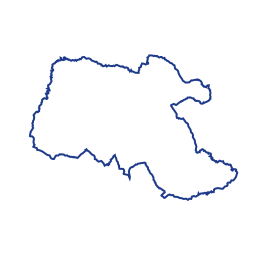 Paltas, Loja, Ecuador, rotated 168°
{"feature_id": "8360857B19688519580687", "entity_name": "Paltas", "entity_type": "district", "adm_level": 2, "iso_a3": "ECU", "parent_name": "Ecuador", "parent_adm1": "Loja", "projection": "robinson", "projection_center": [-79.812, -4.002], "detail": "fine", "context": "isolated", "style": "outline", "palette": "blue", "viewbox_px": 256, "rotation_deg": 168, "n_neighbors": 0, "source": "geoboundaries", "source_scale": "gbopen_adm2", "svg_char_len": 5762}
<svg xmlns="http://www.w3.org/2000/svg" viewBox="0 0 256 256"><g transform="rotate(168 128 128)"><path d="M80.9,45.5L79.7,47.6L78.0,47.8L75.9,46.8L73.4,47.7L72.6,49.3L72.3,48.3L71.9,48.1L70.8,48.7L68.8,48.6L67.8,48.2L66.9,48.7L65.4,48.4L65.0,47.7L65.1,46.8L64.3,46.4L63.6,47.0L64.3,48.1L63.0,48.6L62.0,47.7L59.8,48.7L59.5,47.7L58.6,47.9L57.5,47.5L56.7,49.8L55.6,50.5L52.9,50.6L48.0,48.8L45.4,50.6L43.0,50.8L42.4,51.6L42.4,53.0L41.8,53.6L40.6,53.7L39.3,53.3L37.8,55.3L36.2,54.8L35.3,55.2L32.8,57.4L30.4,61.6L31.0,63.2L31.4,63.4L30.9,64.5L31.1,65.0L32.2,65.6L33.4,65.6L34.5,64.6L35.3,65.1L35.5,65.9L34.3,66.6L34.8,67.8L35.2,70.5L35.7,71.0L37.0,70.9L38.5,72.4L39.6,71.9L41.6,73.8L41.9,75.7L43.0,75.6L45.2,77.0L47.6,75.8L48.5,77.3L48.9,77.3L49.2,76.8L49.6,77.6L50.3,77.9L50.5,78.6L52.2,79.4L52.8,80.5L51.6,81.0L51.6,81.4L53.8,83.3L52.6,83.7L52.4,85.7L53.3,86.3L54.6,86.1L54.8,87.3L55.8,87.5L57.1,88.8L57.7,90.0L58.6,89.9L58.8,91.0L59.4,91.7L60.0,91.8L61.6,90.9L62.3,90.9L62.9,89.4L63.8,89.8L65.2,89.3L66.2,90.1L66.0,91.1L66.4,92.2L65.0,95.5L65.1,97.9L65.5,98.6L65.3,102.3L66.5,105.6L65.9,107.4L66.2,109.5L67.2,110.5L67.2,113.3L68.6,117.0L68.5,119.4L68.8,120.1L70.2,121.4L72.1,125.9L73.6,125.7L75.1,126.3L75.9,127.0L76.5,126.7L77.0,127.6L78.0,127.7L78.1,129.6L77.5,131.2L77.7,132.2L81.2,140.6L81.0,141.4L80.4,141.6L78.0,142.0L76.6,140.7L75.9,140.5L72.3,142.4L70.6,142.7L70.3,143.2L69.4,143.0L67.5,143.9L65.8,144.1L64.8,144.7L64.2,144.5L63.1,145.4L61.5,144.9L60.9,145.1L58.7,143.6L57.7,143.4L57.6,142.3L56.8,141.7L56.7,141.0L56.2,140.9L55.8,140.3L53.9,140.0L53.0,139.5L52.2,138.8L52.0,137.2L51.2,136.5L49.4,136.4L48.8,137.3L48.3,136.8L45.2,137.4L42.7,138.2L42.3,139.0L41.3,139.4L41.4,140.3L40.8,141.2L40.9,143.1L40.0,145.3L40.1,147.2L39.8,147.8L40.2,148.2L40.3,149.2L41.1,150.1L40.1,153.0L41.3,153.1L43.3,152.1L43.3,151.8L45.2,152.7L45.3,153.6L45.8,153.6L46.4,154.9L46.9,155.4L46.3,156.4L47.0,158.6L48.7,160.4L49.5,160.2L49.8,160.9L50.4,161.2L50.9,160.8L52.8,161.2L55.4,161.1L56.0,161.4L58.7,159.9L62.3,160.5L64.5,162.9L65.2,165.3L66.1,167.2L67.0,170.1L67.2,173.4L68.0,174.7L69.6,176.3L69.5,179.6L70.5,180.3L71.6,182.1L73.1,182.8L74.7,185.0L75.8,185.6L76.9,187.1L77.6,187.4L77.8,189.0L79.2,188.9L80.4,190.5L81.5,190.7L82.4,190.4L83.2,190.8L84.0,191.7L84.6,191.9L84.6,192.3L87.1,193.1L88.0,193.0L88.9,193.8L92.0,194.6L93.3,193.3L94.4,192.8L94.2,191.5L95.8,188.4L95.8,188.1L94.8,187.7L94.9,186.8L97.7,186.5L98.6,187.3L100.8,188.2L102.1,186.5L102.8,185.0L104.6,184.6L104.8,182.8L105.8,181.4L106.1,179.7L106.4,179.7L109.4,180.6L111.5,182.3L112.7,182.5L112.9,184.0L114.4,183.0L114.7,184.2L115.6,185.0L115.3,186.1L115.9,186.9L117.0,187.6L118.5,187.5L119.3,188.4L119.9,188.4L120.3,189.4L122.2,189.5L125.8,192.0L126.4,192.2L128.4,191.3L129.2,192.0L130.7,191.8L133.0,192.6L133.8,193.3L136.1,192.6L136.7,194.2L137.7,193.6L139.6,193.6L140.3,194.5L140.9,194.7L140.6,195.3L140.9,195.8L143.1,197.1L144.1,197.2L144.7,199.0L145.3,199.5L146.3,199.4L148.0,200.8L149.5,201.5L150.2,203.0L151.1,203.8L152.1,204.3L154.3,204.4L156.2,206.6L158.1,206.7L159.8,205.1L160.8,205.6L161.4,205.1L163.6,205.1L164.4,204.5L165.4,205.6L166.3,205.0L168.0,206.0L169.7,205.6L171.3,207.1L172.2,207.1L172.7,208.1L173.5,208.5L174.2,208.3L174.8,209.9L175.6,210.4L176.1,210.2L176.1,208.0L177.2,207.9L178.5,208.7L178.8,210.3L179.3,210.7L179.7,208.3L181.0,208.2L182.2,208.9L182.8,207.9L183.8,208.3L184.3,207.5L184.9,207.6L186.2,206.4L187.3,206.4L188.6,205.8L188.9,205.3L188.9,204.0L189.9,202.9L190.0,201.9L189.1,200.8L189.2,200.0L189.9,199.5L191.1,199.9L191.0,198.3L192.0,196.8L191.6,195.6L193.1,194.4L193.0,193.9L192.0,193.3L193.2,192.1L193.0,189.8L195.2,187.2L197.3,186.4L197.5,185.1L197.2,183.6L198.6,183.3L196.9,181.7L196.9,181.0L199.3,181.0L199.4,180.6L198.5,179.1L198.8,178.4L200.7,179.0L201.2,178.5L200.6,177.4L201.0,175.1L200.4,174.6L200.7,173.7L201.4,173.3L203.8,174.6L206.1,173.5L206.6,171.5L207.4,171.0L207.5,169.8L207.9,169.2L210.3,167.8L210.5,166.3L210.9,166.0L210.6,165.0L211.3,163.8L211.5,162.9L213.0,162.3L213.5,162.9L214.6,162.7L217.7,160.2L217.4,158.4L218.4,155.7L219.4,154.6L219.8,153.2L220.6,152.5L220.4,150.4L221.1,149.4L220.8,147.8L224.1,144.3L225.6,140.5L225.0,140.0L223.6,139.8L222.7,138.8L222.3,137.7L222.5,136.1L223.3,134.2L223.4,131.9L222.9,131.0L224.5,129.3L221.3,127.2L221.3,125.4L219.3,124.7L216.7,122.9L212.6,118.5L210.4,117.5L209.6,114.4L207.8,113.2L206.8,113.1L205.1,115.2L204.0,116.0L202.0,115.6L200.3,116.5L199.4,116.0L198.9,116.2L196.4,115.4L195.3,114.1L193.4,113.9L192.2,112.7L191.3,112.5L190.7,111.7L189.1,111.6L187.6,110.7L186.9,111.0L186.2,110.3L184.8,110.0L184.0,109.3L183.4,109.3L179.5,112.0L177.6,112.7L174.0,114.6L174.1,115.4L173.3,115.4L173.0,115.7L172.3,114.2L171.0,113.2L169.0,109.8L166.9,108.1L166.5,106.7L166.9,104.5L165.4,103.7L165.1,102.7L163.8,101.2L160.9,101.3L159.2,98.4L158.7,96.0L157.1,96.5L155.9,96.4L155.1,95.7L154.5,96.0L154.1,96.4L154.7,97.0L154.3,97.0L153.4,98.1L153.0,98.0L151.5,99.3L151.5,100.7L149.5,101.5L147.8,103.7L146.5,104.2L146.6,103.2L146.0,101.3L145.8,98.1L145.0,96.7L145.1,94.3L144.5,93.1L144.9,92.2L144.9,89.9L141.3,89.0L140.8,88.2L140.6,86.4L141.7,84.7L141.7,83.9L137.4,81.9L136.8,78.5L136.4,79.4L136.2,85.4L134.5,88.1L132.8,89.0L131.7,88.8L127.9,90.7L126.9,90.3L125.6,91.0L118.9,90.7L118.1,89.9L118.4,88.5L117.9,87.8L117.5,86.3L116.7,85.4L116.9,83.2L116.0,81.7L116.1,80.6L115.4,78.8L114.3,77.5L113.7,75.4L113.4,74.4L113.8,72.0L113.1,70.9L113.0,69.0L112.5,68.8L112.4,66.6L111.4,65.0L111.3,64.2L110.3,63.5L110.0,62.4L109.1,62.4L107.9,61.3L107.4,60.4L105.5,58.8L105.5,57.3L107.3,56.5L109.3,55.1L108.8,54.1L107.8,53.5L107.3,52.3L106.5,52.0L102.9,54.0L101.1,54.3L100.0,53.4L97.8,53.0L97.1,51.2L94.4,50.4L93.1,49.8L92.3,48.9L89.5,47.9L88.6,47.1L85.8,46.7L84.3,45.3L82.9,46.1L80.9,45.5Z" fill="none" stroke="#1e3a8a" stroke-width="2"/></g></svg>